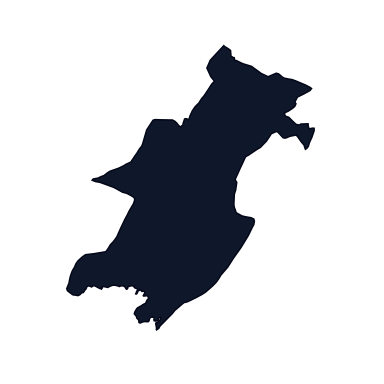 Riyad, Kafr ash Shaykh, Egypt, rotated 224°
{"feature_id": "37247803B2291437615199", "entity_name": "Riyad", "entity_type": "district", "adm_level": 2, "iso_a3": "EGY", "parent_name": "Egypt", "parent_adm1": "Kafr ash Shaykh", "projection": "natural_earth1", "projection_center": [30.914, 31.32], "detail": "fine", "context": "isolated", "style": "filled", "palette": "ink", "viewbox_px": 384, "rotation_deg": 224, "n_neighbors": 0, "source": "geoboundaries", "source_scale": "gbopen_adm2", "svg_char_len": 4857}
<svg xmlns="http://www.w3.org/2000/svg" viewBox="0 0 384 384"><g transform="rotate(224 192 192)"><path d="M225.6,59.7L224.2,56.1L223.6,53.2L222.9,51.1L221.9,48.9L220.9,46.8L218.9,43.5L217.2,41.0L215.0,35.5L213.2,34.5L212.6,34.5L209.8,34.8L207.5,35.1L206.8,35.1L205.4,35.8L204.7,36.5L204.1,36.9L203.0,37.6L202.0,38.3L201.7,39.0L201.3,40.4L201.3,41.5L201.3,42.2L201.3,42.9L200.3,44.3L200.6,45.1L200.6,45.8L200.9,47.2L200.9,48.3L201.3,49.7L201.9,50.8L201.2,52.6L200.2,53.3L199.2,53.6L198.2,54.0L198.2,54.7L197.8,55.8L197.5,56.5L196.1,57.2L194.8,57.5L193.8,57.8L192.4,58.2L192.1,58.3L191.4,58.5L190.4,59.2L189.7,59.2L189.7,59.9L190.0,60.7L190.7,61.0L190.0,62.4L189.0,63.2L187.3,64.2L186.2,64.9L185.9,66.0L185.6,67.0L184.9,68.5L184.2,69.9L183.2,70.9L181.8,72.0L179.8,73.0L178.4,73.7L178.1,74.8L177.0,76.2L175.7,76.9L175.3,76.9L174.3,77.3L173.6,76.9L171.9,76.5L171.6,76.5L171.3,76.9L171.3,77.9L171.9,78.7L172.3,79.0L171.6,80.5L171.2,81.2L170.9,81.9L170.2,82.6L169.2,83.6L168.5,84.0L168.5,83.6L167.2,83.3L166.5,83.3L165.8,83.6L164.4,84.3L163.8,84.3L163.1,83.6L162.8,82.1L162.4,81.4L162.1,81.1L162.1,80.3L161.8,79.6L161.1,80.0L161.1,80.7L161.4,81.8L162.1,83.6L161.7,84.3L161.4,85.3L161.0,85.7L160.0,85.7L159.0,85.7L158.0,86.7L157.3,87.4L156.3,87.1L155.6,86.3L155.6,85.3L155.3,84.5L155.0,83.5L154.6,83.5L153.9,84.2L153.3,84.9L152.6,85.9L151.6,86.3L150.2,85.9L149.5,85.5L149.2,84.1L149.2,82.7L148.9,82.0L148.6,81.2L148.2,80.2L148.2,79.1L148.6,78.4L149.3,76.2L149.3,75.5L149.6,74.1L150.0,73.4L150.3,72.0L150.7,70.9L150.7,69.5L150.3,68.0L150.0,66.6L149.4,65.2L149.0,64.4L148.3,64.1L147.3,64.1L147.0,64.1L146.0,64.0L144.6,63.3L144.0,62.9L142.6,62.9L141.6,62.9L140.6,62.2L139.9,61.8L139.9,61.5L138.9,61.4L138.2,61.8L137.5,63.6L136.8,65.0L135.5,66.4L133.8,67.8L133.6,68.1L133.4,68.5L133.4,68.9L133.4,69.6L134.1,70.3L134.4,71.4L134.7,72.1L134.7,72.8L134.4,73.6L133.4,74.6L132.7,75.3L131.3,74.9L131.0,74.2L130.7,73.5L129.7,73.1L128.6,73.8L127.3,75.3L127.3,76.0L127.9,77.1L128.3,78.1L128.3,78.8L127.6,79.9L126.2,78.8L126.2,77.4L125.9,76.0L125.9,74.9L125.9,74.2L126.6,73.5L127.0,72.4L125.6,71.3L124.6,70.6L122.9,69.5L122.3,68.4L121.7,68.2L121.2,70.9L121.9,73.4L121.8,80.6L121.8,85.6L121.7,90.9L122.1,94.9L121.0,106.7L119.2,109.5L118.2,112.0L116.8,115.9L115.4,119.8L114.4,123.0L113.7,125.2L112.7,129.4L112.3,134.1L111.9,139.1L111.9,144.1L112.5,148.0L113.5,152.3L113.8,157.4L114.1,162.7L115.1,167.8L116.1,172.4L117.9,184.3L118.3,186.7L121.3,200.0L123.4,206.4L123.9,207.9L124.9,211.5L126.9,214.4L127.4,214.7L128.9,215.5L131.7,214.5L136.4,211.3L139.5,209.5L145.9,207.8L148.6,209.3L151.0,210.4L153.3,212.2L160.0,219.8L162.0,223.8L166.4,229.9L168.3,230.5L169.7,231.0L174.3,243.9L175.1,246.4L178.0,254.7L177.0,257.6L174.9,267.6L174.8,268.0L173.8,271.5L173.8,276.9L173.8,280.4L175.4,289.0L173.7,293.3L172.9,294.4L172.6,294.7L170.9,294.7L164.2,294.3L162.5,295.3L161.5,297.1L160.4,299.9L159.0,301.9L156.7,305.3L154.6,305.2L148.9,304.1L145.9,303.7L144.2,303.7L142.8,302.9L141.5,302.2L140.1,301.5L139.9,302.3L139.8,302.9L139.8,304.3L140.1,305.8L141.8,309.0L143.8,314.7L146.7,320.9L148.4,322.7L149.4,321.9L149.9,321.4L151.5,318.8L153.8,319.9L155.9,321.7L161.0,316.4L161.3,314.6L164.4,312.9L170.1,312.9L173.9,313.0L174.2,313.0L177.2,311.6L179.3,312.0L180.3,313.8L179.6,315.2L178.9,317.0L177.8,322.0L177.5,324.8L178.5,327.7L180.5,328.1L182.1,333.5L181.1,336.3L179.7,340.2L177.6,347.0L177.9,349.5L179.3,349.3L180.0,349.2L182.0,348.6L184.7,347.8L190.1,345.7L194.5,344.0L198.3,342.3L200.2,340.9L201.3,340.2L204.7,338.0L206.2,337.6L207.1,337.4L208.8,337.4L211.8,337.1L213.9,336.0L216.3,330.3L217.3,327.8L220.4,326.8L224.4,325.4L233.6,324.1L236.3,323.8L239.7,322.1L242.4,320.7L243.8,320.0L245.4,319.3L248.8,318.2L251.9,317.2L252.6,316.0L254.9,318.0L255.9,317.3L258.6,316.9L259.3,317.7L262.6,320.6L265.3,320.3L270.1,319.2L270.8,319.4L270.6,308.0L270.4,299.5L267.4,291.5L258.7,288.1L252.8,287.3L252.8,287.2L252.8,284.0L252.5,281.8L252.2,280.4L251.8,278.6L250.2,270.0L249.9,265.7L249.2,262.1L248.9,261.0L249.0,255.7L248.3,251.4L248.2,250.8L246.4,245.6L245.0,242.7L244.7,241.6L245.7,241.3L246.7,241.0L247.8,239.9L248.1,239.5L246.1,235.2L245.1,234.1L245.5,230.9L246.8,230.6L248.2,230.6L250.5,231.0L253.2,231.0L256.0,230.3L263.5,223.3L268.9,218.4L269.9,216.6L267.7,205.1L261.0,192.5L260.0,190.0L259.7,186.4L258.7,182.1L258.1,178.2L256.8,171.0L258.9,165.7L259.2,163.9L261.3,158.2L264.0,152.8L265.4,150.0L266.1,147.2L266.8,142.5L268.2,139.7L269.2,136.8L272.1,132.8L272.0,131.1L268.6,132.5L264.9,135.0L261.1,136.7L255.7,139.1L251.6,140.9L248.2,141.9L241.8,143.6L238.1,145.7L233.3,147.1L230.3,147.7L228.6,147.4L227.2,145.6L225.9,142.7L224.9,138.4L223.9,134.4L222.6,130.5L221.3,125.8L218.3,116.8L215.8,109.9L215.0,107.8L214.4,104.3L214.1,101.0L214.1,98.1L214.1,97.5L213.1,93.2L212.5,89.2L219.6,79.6L225.1,72.9L225.8,69.0L226.2,63.3L225.6,59.7Z" fill="#0f172a" stroke="#020617" stroke-width="1.5"/></g></svg>